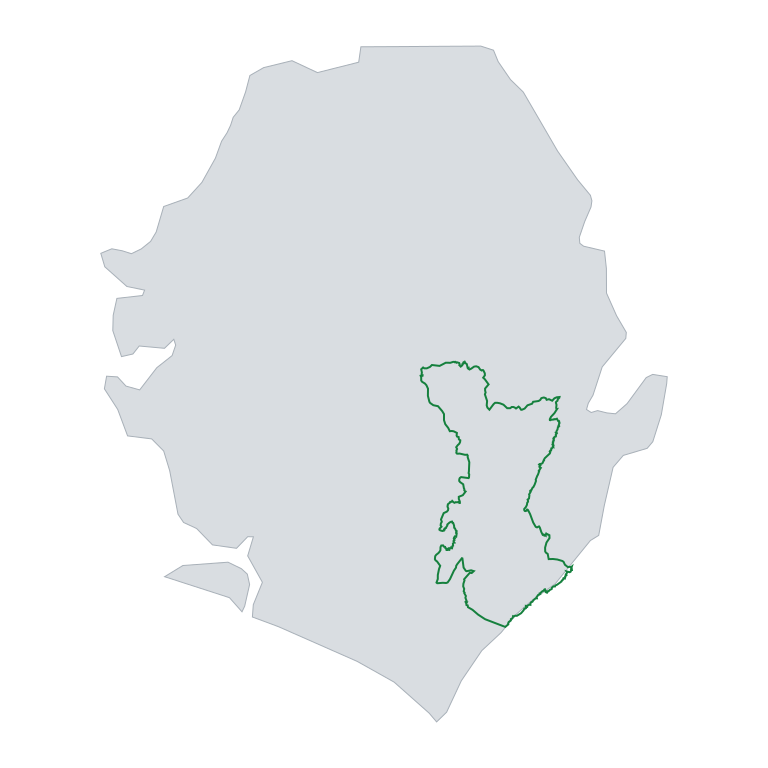 Kenema, Eastern, Sierra Leone (highlighted)
{"feature_id": "65957751B6503620183485", "entity_name": "Kenema", "entity_type": "district", "adm_level": 2, "iso_a3": "SLE", "parent_name": "Sierra Leone", "parent_adm1": "Eastern", "projection": "natural_earth1", "projection_center": [-11.159, 7.947], "detail": "fine", "context": "in_parent", "style": "outline", "palette": "green", "viewbox_px": 768, "rotation_deg": 0, "n_neighbors": 0, "source": "geoboundaries", "source_scale": "gbopen_adm2", "svg_char_len": 7688}
<svg xmlns="http://www.w3.org/2000/svg" viewBox="0 0 768 768"><path d="M667.2,376.7L666.7,383.5L661.3,414.8L652.8,441.7L647.2,448.3L623.3,455.4L613.1,467.3L604.3,505.5L598.7,535.4L590.4,540.5L555.2,583.8L532.2,600.2L516.2,614.3L501.0,632.7L481.8,650.6L461.3,680.8L446.6,712.2L436.6,721.9L429.1,713.1L394.1,682.1L357.2,661.4L278.5,626.7L252.4,617.0L253.3,604.7L262.4,582.3L247.7,555.9L253.4,536.8L247.7,536.7L236.5,548.3L212.5,544.9L196.6,528.5L183.6,522.5L178.0,514.2L169.7,470.7L163.7,451.0L151.7,438.9L127.6,435.9L117.7,409.4L104.4,388.8L106.6,376.2L117.5,376.9L126.0,386.1L139.7,389.9L156.8,367.7L172.1,355.6L175.7,345.1L173.8,339.3L164.5,348.3L139.2,346.0L132.9,354.0L121.5,356.6L112.8,330.6L113.2,315.3L116.9,298.4L142.5,295.5L144.6,290.1L126.9,286.5L104.8,266.8L100.8,253.3L111.8,248.8L122.3,250.8L131.4,253.7L141.3,248.9L150.6,241.4L156.2,232.0L163.7,206.5L187.7,198.0L201.9,182.4L215.4,158.2L221.6,141.2L227.1,132.7L230.6,125.3L233.2,117.3L239.2,109.9L245.6,91.9L249.9,75.5L263.7,67.6L292.0,60.7L317.4,72.6L358.7,62.2L360.9,46.8L398.7,46.6L443.5,46.3L480.8,46.1L493.5,50.2L498.2,61.7L510.5,79.6L523.3,92.1L539.2,119.4L557.6,151.1L577.6,179.8L590.4,195.3L591.9,200.8L591.0,207.0L584.7,221.6L579.3,237.3L579.8,243.3L583.6,246.2L604.5,251.1L606.4,268.7L606.5,293.1L616.6,315.8L626.3,332.4L625.8,338.4L602.2,366.9L593.0,395.2L588.3,403.2L586.5,409.5L591.2,412.5L597.6,410.6L606.8,412.9L615.5,413.8L627.1,403.6L646.2,377.6L652.7,374.4L667.2,376.7ZM244.7,606.1L242.0,611.8L229.5,597.7L164.6,576.7L182.9,565.5L228.0,562.2L241.4,568.7L247.3,574.1L249.6,584.5L244.7,606.1Z" fill="#d9dde1" stroke="#a8b0b8" stroke-width="1"/><path d="M505.2,626.9L508.3,624.4L508.1,623.4L508.7,622.0L510.8,620.5L510.9,619.1L511.9,618.7L512.7,617.8L513.1,616.1L514.1,616.4L515.1,615.7L516.9,615.8L521.1,613.2L523.6,610.3L524.4,608.5L525.3,608.6L526.0,608.1L525.9,606.1L527.2,606.7L527.3,605.7L529.6,604.6L530.4,604.8L530.4,603.4L531.4,602.0L532.4,601.8L533.4,600.2L535.7,598.3L536.9,598.3L536.6,597.1L538.2,594.9L539.5,594.4L539.6,593.6L540.3,593.7L540.3,593.1L542.4,591.2L543.5,590.8L544.5,589.4L544.9,589.3L545.0,590.0L545.8,590.7L545.5,591.8L545.9,592.2L547.0,592.7L548.0,591.1L548.6,591.2L549.7,590.0L551.7,589.0L551.9,587.8L553.0,586.7L553.6,586.3L554.9,586.5L555.5,585.4L557.1,584.7L561.6,581.4L561.7,580.6L562.9,579.8L563.5,578.2L564.8,578.6L565.3,577.0L565.1,576.5L566.4,575.2L565.7,574.8L565.8,574.4L567.3,572.4L566.6,571.4L569.7,572.2L570.6,571.7L571.3,570.0L571.9,570.0L571.7,568.4L571.2,568.5L571.8,566.6L571.2,567.1L569.0,566.8L568.0,567.2L564.9,564.7L563.6,561.9L562.4,561.0L557.3,559.5L553.0,559.0L548.7,559.1L547.7,553.9L546.0,552.7L545.2,551.5L545.1,547.6L546.5,542.5L549.5,538.1L549.4,535.2L548.6,534.7L548.2,534.8L547.3,534.1L546.8,534.2L546.2,533.6L545.7,534.7L545.7,535.7L544.4,534.9L544.1,535.4L543.4,534.5L542.7,534.8L541.3,532.0L539.8,527.5L539.0,526.4L537.0,527.4L535.7,526.8L533.2,522.5L530.1,514.1L528.1,510.2L527.5,509.6L527.0,509.6L526.6,510.7L525.3,511.1L524.7,510.9L524.2,510.0L524.2,509.0L525.9,507.0L526.9,504.9L527.3,502.5L528.0,501.8L528.1,501.0L527.6,499.6L529.0,498.5L529.4,495.2L529.1,494.4L530.5,492.1L530.1,491.0L530.5,490.5L531.1,490.7L532.6,487.6L533.3,487.2L534.6,484.7L536.0,480.9L535.7,479.7L537.4,475.5L537.9,474.8L539.2,471.1L538.8,470.8L540.8,467.9L539.6,467.3L539.4,466.4L540.3,465.6L539.1,464.5L539.7,464.0L541.5,463.8L542.6,463.0L543.5,460.8L544.0,460.5L543.8,460.0L544.8,458.2L549.8,453.5L550.2,452.5L549.7,451.5L550.3,450.6L551.1,450.5L551.3,448.5L551.8,448.5L552.7,447.1L553.2,447.2L552.9,446.5L553.4,446.0L553.2,445.6L553.5,445.3L553.3,444.8L552.5,444.5L553.1,443.2L552.8,443.0L552.8,442.1L553.3,441.7L553.2,441.0L553.8,440.6L553.9,439.8L553.3,438.8L553.7,437.9L554.1,437.9L554.1,437.4L555.3,436.4L555.7,436.5L556.0,436.0L555.8,434.4L556.6,433.6L556.0,432.7L556.6,432.6L556.3,432.1L556.8,430.5L557.5,429.6L557.8,427.7L559.0,426.3L558.5,426.0L559.0,425.6L558.8,424.8L559.5,423.1L559.1,422.9L559.2,421.3L558.9,420.9L558.2,421.0L557.9,420.7L556.9,418.7L554.9,419.4L554.2,419.1L553.3,419.6L551.3,419.7L550.5,420.2L549.9,420.1L549.8,419.2L551.0,416.8L554.4,413.2L557.0,409.1L556.5,409.2L556.2,407.9L556.5,404.9L555.9,402.6L556.1,401.9L557.5,400.7L557.8,399.2L559.3,397.8L559.5,397.0L556.7,397.3L554.4,398.3L552.2,400.7L549.0,399.2L546.6,399.8L545.8,398.2L543.9,397.5L542.1,397.9L541.3,398.2L540.3,399.9L538.6,401.0L533.1,401.8L532.1,403.7L527.5,405.3L524.6,408.6L521.8,409.8L521.0,409.7L519.7,407.6L518.6,406.6L516.0,408.5L514.7,407.5L513.3,407.0L511.7,407.0L510.2,408.2L507.2,408.2L503.5,404.7L500.0,403.3L497.3,402.8L495.1,402.8L493.7,404.0L489.4,409.7L487.4,407.6L486.7,405.3L487.1,401.0L484.9,394.3L485.6,392.5L485.1,390.5L485.1,388.5L488.6,384.4L484.8,379.2L483.2,377.7L484.9,375.3L484.8,373.3L483.6,370.8L483.2,370.2L482.3,370.1L481.7,370.5L480.2,369.6L478.5,367.1L476.2,366.3L474.1,366.6L471.3,368.6L469.5,369.5L468.2,368.6L468.5,367.7L467.6,367.7L466.8,364.1L465.5,363.2L464.9,362.1L464.5,362.9L464.0,363.0L463.6,362.3L463.3,362.5L463.3,363.8L462.3,364.2L462.3,365.3L460.7,366.6L459.3,365.1L459.7,364.4L459.2,363.0L457.0,362.3L456.5,362.7L455.4,361.9L454.9,362.3L454.3,361.9L453.1,361.9L450.3,362.8L445.8,362.7L439.6,365.9L431.9,365.0L430.0,366.9L426.9,368.3L424.2,368.3L423.1,367.5L421.2,369.3L421.9,372.5L421.5,375.0L422.6,375.2L422.5,375.8L420.7,375.9L421.2,377.3L421.2,380.5L422.1,381.8L424.9,383.5L426.4,385.2L428.0,388.7L427.9,395.8L429.4,401.8L430.2,403.0L433.3,405.2L438.0,406.2L442.2,411.1L444.0,414.1L444.0,420.2L445.3,424.2L448.2,427.9L449.8,431.2L451.8,431.0L453.7,431.3L456.9,432.9L456.6,435.6L457.1,436.6L458.6,437.0L458.9,439.4L460.3,440.3L460.1,442.0L459.3,443.7L457.7,445.2L456.2,447.2L457.1,449.0L456.4,450.4L456.6,451.0L456.3,452.8L457.1,453.7L459.8,453.6L465.0,454.8L467.2,454.7L467.8,455.8L467.6,456.9L469.3,462.2L468.9,471.5L468.6,473.1L469.2,474.3L469.0,477.5L468.6,478.1L461.1,477.1L459.8,478.0L459.3,479.2L459.2,480.9L460.1,482.1L463.2,484.3L463.9,488.3L464.4,489.2L464.3,490.4L465.0,491.2L465.6,491.5L462.8,495.2L458.8,496.8L458.8,499.0L459.8,501.4L459.9,502.9L459.3,503.0L458.7,501.9L457.1,502.3L455.5,502.2L454.6,502.8L453.7,502.4L452.2,500.9L451.6,501.8L450.2,501.9L449.8,502.8L448.1,504.0L447.6,505.2L447.8,505.7L447.5,506.7L448.3,508.5L448.0,510.3L446.9,511.6L443.7,513.1L441.0,519.5L441.8,521.8L440.9,523.4L440.6,525.3L441.5,526.7L439.6,528.6L439.4,529.7L440.3,530.4L442.4,531.0L443.9,530.6L443.9,529.8L444.5,529.6L444.2,529.2L444.7,528.4L446.1,527.9L446.4,526.8L447.3,525.6L447.3,524.5L449.6,522.5L451.2,521.7L452.1,521.6L452.5,522.9L453.2,523.0L454.1,525.7L454.2,527.8L455.0,528.4L456.0,530.8L456.6,531.0L456.6,531.8L456.1,532.4L456.1,533.1L456.7,533.4L456.2,536.7L454.8,536.4L454.1,537.6L454.7,538.3L453.9,538.7L454.5,540.0L453.7,540.5L453.5,541.2L454.4,542.6L453.7,542.7L452.9,543.6L453.1,545.6L452.6,545.8L452.1,548.0L451.2,547.4L450.9,548.3L449.6,548.2L449.3,549.9L447.9,549.7L447.8,548.8L446.9,549.4L447.0,550.0L446.5,550.0L446.0,548.3L445.3,548.0L445.1,546.9L443.8,546.6L443.1,545.4L441.3,545.5L440.5,547.1L440.4,550.3L439.7,551.5L438.5,553.0L436.2,554.8L435.2,556.2L434.9,559.1L435.5,560.3L437.1,561.5L440.2,565.8L439.0,569.1L437.8,575.0L437.8,579.0L436.5,582.6L437.2,583.2L437.9,583.2L442.8,582.8L446.1,583.0L447.6,582.5L450.0,579.1L453.9,570.7L456.0,567.6L456.2,565.8L457.2,564.2L461.9,558.2L462.4,558.4L463.6,567.6L465.8,570.8L466.6,571.2L471.1,570.3L473.8,571.1L471.7,573.0L469.8,572.8L464.1,579.3L464.5,580.4L463.4,583.7L463.2,586.4L464.2,588.9L463.7,591.4L464.6,592.6L464.3,593.2L465.9,596.0L465.4,597.8L466.6,600.9L465.5,601.9L466.0,602.8L466.6,602.7L466.2,603.4L466.5,605.1L467.7,605.4L468.0,607.2L472.5,609.8L478.1,614.6L485.1,619.2L505.2,626.9Z" fill="none" stroke="#15803d" stroke-width="2"/></svg>